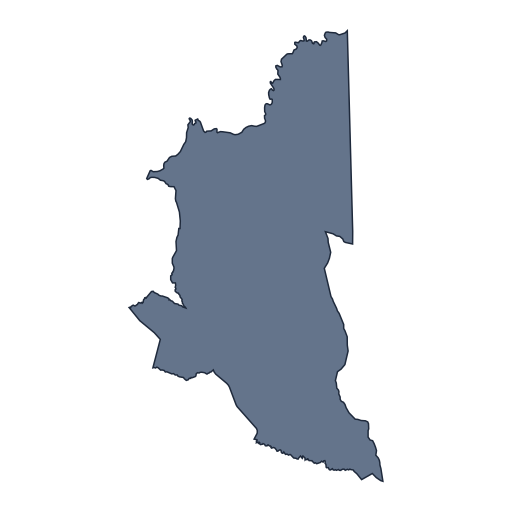 the district of Palpalá, Jujuy, Argentina
{"feature_id": "61730980B21987921647817", "entity_name": "Palpalá", "entity_type": "district", "adm_level": 2, "iso_a3": "ARG", "parent_name": "Argentina", "parent_adm1": "Jujuy", "projection": "natural_earth1", "projection_center": [-65.169, -24.19], "detail": "fine", "context": "isolated", "style": "filled", "palette": "slate", "viewbox_px": 512, "rotation_deg": 0, "n_neighbors": 0, "source": "geoboundaries", "source_scale": "gbopen_adm2", "svg_char_len": 6042}
<svg xmlns="http://www.w3.org/2000/svg" viewBox="0 0 512 512"><path d="M382.9,481.3L380.9,468.6L379.9,464.9L379.8,462.6L379.3,460.2L378.2,457.9L375.8,455.2L376.5,450.6L375.5,447.2L374.1,443.6L372.6,440.7L370.1,440.0L368.1,437.1L368.1,430.6L368.7,428.9L368.5,423.7L367.7,421.9L365.4,420.8L361.1,420.5L357.8,419.4L355.2,419.2L349.0,412.8L346.1,407.7L345.0,404.5L343.5,402.3L341.3,401.3L340.2,399.4L340.1,396.9L338.8,394.0L338.9,391.5L338.4,390.0L336.8,388.2L336.3,383.1L335.4,380.6L337.5,371.7L341.1,369.1L344.9,364.6L348.1,351.0L347.3,345.2L347.2,336.8L345.0,330.9L343.7,328.5L343.7,324.5L339.1,313.3L337.4,310.9L336.6,308.4L333.2,301.3L332.5,299.1L331.0,296.6L324.3,268.3L327.6,263.0L329.4,258.3L330.7,252.3L328.2,242.3L328.0,238.5L325.4,231.7L333.1,233.8L336.4,235.9L339.8,236.4L342.8,239.0L343.8,241.5L345.3,242.4L352.6,244.0L352.7,231.5L347.3,30.7L345.0,33.0L339.6,34.8L338.4,34.6L335.7,32.9L329.4,32.4L328.1,32.0L326.0,32.2L325.2,33.1L324.4,35.3L325.1,37.5L326.7,39.2L326.6,40.9L325.8,41.5L323.2,40.8L322.2,41.0L321.9,42.6L320.8,45.0L320.2,45.4L319.7,45.2L318.3,43.2L316.5,41.7L314.4,41.9L314.0,42.4L314.0,43.6L313.5,43.8L312.5,43.3L311.6,40.9L310.4,40.0L309.0,39.9L307.3,41.2L306.4,41.1L306.0,37.7L305.2,36.4L304.5,35.9L303.7,36.3L303.4,37.6L304.2,40.1L303.9,40.9L302.5,41.0L300.7,40.5L299.9,40.9L298.4,42.7L295.3,42.2L294.8,42.4L294.8,44.2L296.9,46.0L297.2,47.6L296.1,49.1L294.0,50.0L293.0,52.6L292.3,53.7L287.9,53.8L286.8,54.2L281.5,59.2L281.0,61.6L282.3,65.3L282.0,66.8L280.2,66.9L277.3,65.4L275.9,65.8L275.8,67.1L276.8,69.1L277.4,69.5L278.0,70.5L277.8,74.1L280.0,77.3L280.4,78.5L280.4,79.5L275.5,79.4L274.1,80.6L272.6,83.2L271.8,82.9L270.8,81.5L270.3,81.8L270.3,83.0L273.8,88.3L274.0,89.2L274.0,90.1L273.5,90.6L272.5,90.2L271.5,88.8L270.5,89.1L269.4,90.3L268.6,92.6L268.7,94.7L269.4,97.9L270.1,99.2L271.6,99.1L272.2,99.4L272.3,102.3L271.6,103.9L270.7,104.7L269.5,104.8L267.6,103.8L266.5,103.7L265.7,104.1L265.0,105.1L264.6,107.6L264.7,111.6L265.6,113.4L265.7,114.4L265.5,114.9L264.5,115.6L264.6,118.3L265.4,120.3L265.5,121.4L265.1,122.7L264.3,123.4L256.6,126.4L254.4,126.2L251.7,125.6L248.7,126.2L246.1,127.4L243.8,129.2L241.8,132.3L238.1,134.3L235.1,134.7L233.6,134.4L230.2,132.8L222.9,131.8L220.5,131.6L217.5,132.7L216.9,132.1L217.0,129.2L216.3,128.6L214.2,128.9L211.1,130.9L206.7,131.2L205.8,132.3L205.0,132.4L203.6,131.0L200.4,122.1L199.6,121.1L198.3,120.4L197.7,119.0L195.2,120.2L195.1,120.8L195.9,121.8L195.9,122.9L194.5,123.6L194.3,124.5L193.6,125.0L192.6,124.6L192.2,123.9L192.4,121.2L192.1,119.9L190.6,118.3L189.6,118.1L189.2,118.5L189.3,119.1L190.3,120.8L190.3,121.6L187.9,124.8L188.2,127.6L186.6,132.7L186.5,137.7L185.7,141.7L183.8,144.4L180.4,151.5L178.1,154.1L175.7,156.0L171.8,156.3L169.5,157.5L167.0,161.2L164.9,162.2L164.0,163.6L163.7,165.5L163.9,168.2L163.1,169.0L159.9,170.8L157.4,171.5L153.2,171.7L151.0,170.4L150.2,170.7L146.7,178.5L147.4,179.4L148.9,178.9L150.3,177.6L151.8,177.3L154.7,177.4L158.2,178.4L160.4,180.2L163.7,180.8L165.0,182.0L166.0,183.6L167.9,184.5L168.7,186.2L170.2,186.6L174.0,186.7L176.0,190.6L175.4,198.7L175.8,201.1L176.5,202.4L179.4,212.0L180.3,221.0L180.0,228.5L178.8,228.5L178.1,235.0L176.9,237.4L176.0,241.5L176.5,250.6L172.7,257.4L172.3,258.6L172.3,263.2L173.9,266.9L174.0,268.2L173.5,270.9L172.9,271.4L172.8,272.3L172.1,272.8L171.8,273.5L172.1,274.7L170.7,275.9L170.7,279.7L172.5,282.9L175.4,282.9L175.7,285.2L175.2,287.4L175.7,288.0L175.9,289.0L175.1,289.9L175.3,291.4L177.3,293.0L178.5,293.2L178.9,294.3L179.9,295.3L180.1,296.9L182.1,299.4L181.9,300.4L182.0,301.4L182.4,301.8L182.4,303.2L183.0,303.9L184.3,306.6L185.3,307.1L185.8,308.0L182.5,306.8L181.7,305.7L179.0,305.2L178.0,304.1L174.5,303.5L172.4,301.2L171.0,300.8L169.9,299.8L169.0,299.9L168.9,298.7L167.6,297.8L162.3,296.0L160.9,296.0L158.9,295.2L157.8,294.1L154.4,292.6L153.0,291.2L152.2,291.6L151.5,291.5L146.3,297.7L145.9,297.6L145.9,298.1L144.7,297.9L144.6,298.6L143.6,299.7L143.1,302.4L142.2,303.2L141.8,302.4L140.5,303.1L138.8,302.5L138.1,303.2L137.4,304.5L136.5,304.9L135.6,305.8L134.5,305.9L133.5,305.2L132.8,305.3L131.1,306.5L130.7,307.5L130.0,307.2L129.1,307.5L139.8,320.7L154.3,332.7L160.3,339.4L152.9,367.8L154.1,367.5L155.6,368.0L156.7,367.2L157.2,367.3L158.2,367.8L160.6,370.1L162.2,370.0L164.2,370.5L165.3,372.0L166.9,371.8L171.8,373.9L173.5,373.6L175.2,375.0L177.1,374.9L177.9,376.1L179.4,376.8L183.5,377.5L184.3,378.7L186.3,380.4L188.2,379.8L189.3,378.3L190.7,378.4L191.1,377.5L192.3,377.7L195.4,376.5L195.9,375.9L196.2,373.8L197.5,372.7L199.1,373.0L199.9,372.4L201.6,372.2L204.6,372.7L206.7,374.0L207.4,373.9L207.8,373.4L209.3,372.9L209.8,372.2L211.0,372.0L213.3,369.9L214.1,371.9L215.7,374.1L226.7,383.3L228.3,385.1L229.4,387.0L236.1,404.8L237.1,406.6L256.5,428.5L257.3,430.6L257.2,433.2L254.1,439.1L257.0,439.8L257.1,440.5L256.4,441.3L256.7,441.7L256.4,442.7L257.5,442.4L258.4,443.1L258.4,442.3L259.2,442.2L259.7,442.7L259.6,443.7L260.5,444.6L262.5,444.2L263.0,443.6L264.6,444.4L265.3,445.7L266.0,445.9L267.3,445.7L267.9,444.9L268.2,444.9L269.5,446.0L270.5,446.0L271.1,446.6L270.9,447.3L271.5,448.1L273.5,447.5L274.7,447.9L276.4,449.9L276.9,451.1L277.8,451.2L279.4,450.0L280.3,449.9L281.0,450.4L281.4,452.4L282.2,453.2L283.0,453.2L283.8,452.0L285.5,454.4L287.0,454.1L288.6,455.1L289.9,454.5L290.5,454.6L293.7,458.0L296.1,458.3L296.9,458.9L298.1,459.1L298.7,458.0L300.5,456.0L302.3,458.4L302.5,458.1L302.3,456.9L302.9,456.0L305.0,458.0L305.1,460.0L305.8,459.4L307.0,459.7L307.4,458.9L307.8,458.8L309.1,460.6L312.0,460.7L312.4,461.6L313.5,462.2L314.2,463.2L315.4,462.8L316.7,463.7L320.3,462.5L321.6,461.2L323.1,462.1L323.7,460.9L324.8,460.6L325.2,461.4L325.1,463.4L325.9,464.3L326.2,467.3L326.6,467.7L328.2,467.6L329.2,469.5L329.8,469.9L330.6,469.9L332.4,468.7L333.3,470.0L334.6,470.1L335.4,469.7L336.4,470.3L338.5,469.5L339.3,470.3L340.8,470.4L341.3,469.8L343.0,469.1L344.4,469.3L345.2,470.3L347.4,469.3L348.7,469.9L349.9,469.1L350.8,469.6L352.8,469.9L353.5,470.2L354.0,471.3L356.8,473.7L361.6,479.6L372.3,473.5L376.3,477.6L380.7,480.6L382.9,481.3Z" fill="#64748b" stroke="#1e293b" stroke-width="1.5"/></svg>